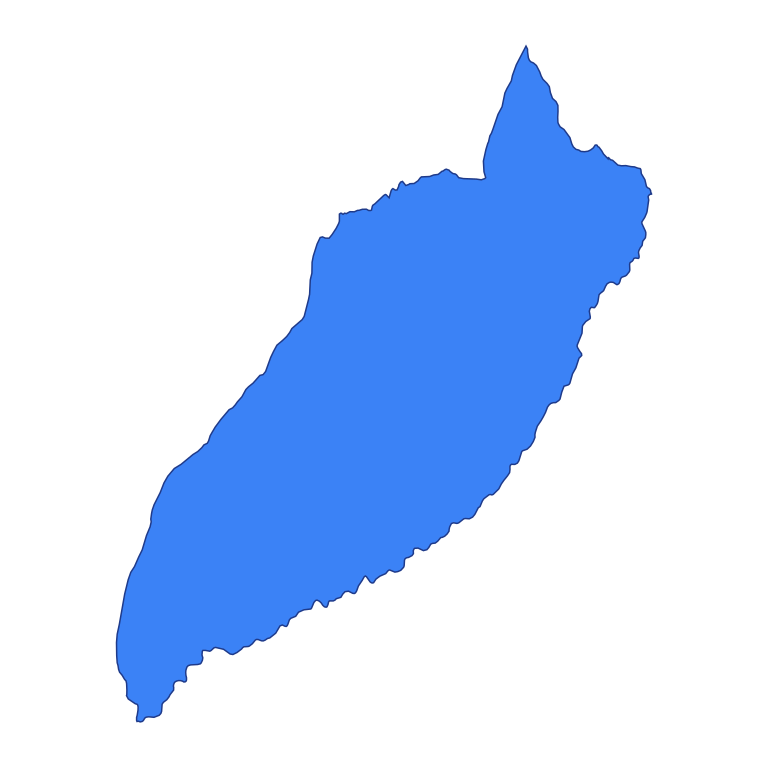 the district of Tibacuy, Cundinamarca, Colombia
{"feature_id": "7082276B3061851186589", "entity_name": "Tibacuy", "entity_type": "district", "adm_level": 2, "iso_a3": "COL", "parent_name": "Colombia", "parent_adm1": "Cundinamarca", "projection": "equal_earth", "projection_center": [-74.469, 4.323], "detail": "fine", "context": "isolated", "style": "filled", "palette": "blue", "viewbox_px": 768, "rotation_deg": 0, "n_neighbors": 0, "source": "geoboundaries", "source_scale": "gbopen_adm2", "svg_char_len": 6112}
<svg xmlns="http://www.w3.org/2000/svg" viewBox="0 0 768 768"><path d="M126.5,695.6L128.3,699.0L135.2,703.7L137.1,704.3L137.7,705.0L138.1,706.9L138.0,710.2L137.2,715.2L136.6,717.4L136.6,720.4L137.0,721.5L138.2,721.2L140.2,721.9L142.1,721.5L143.3,720.6L144.8,718.1L146.1,717.2L148.6,716.8L154.0,717.3L159.2,715.3L160.9,713.4L161.6,711.3L162.1,704.2L163.4,702.3L166.8,699.7L168.9,697.0L170.1,694.6L173.6,690.1L173.7,687.4L173.4,686.1L173.7,684.3L174.3,682.8L175.2,681.8L176.5,681.1L178.3,680.6L180.5,680.6L182.6,681.2L183.9,682.0L185.3,681.8L186.2,681.0L186.5,679.9L186.5,677.7L185.9,675.2L185.7,672.3L185.9,670.2L186.9,667.1L188.3,665.6L190.6,664.9L197.7,664.5L200.4,663.8L201.2,662.9L202.4,660.3L202.8,657.8L202.0,655.0L202.3,651.3L202.9,650.4L205.4,650.4L209.8,651.2L211.1,650.5L213.9,647.9L215.5,647.4L223.6,649.3L230.1,654.0L232.9,654.5L237.0,652.5L241.5,649.1L242.7,647.6L243.9,646.8L248.2,646.5L249.3,646.1L252.4,643.7L255.3,640.1L256.3,639.5L258.1,639.5L261.5,640.8L263.2,640.9L265.0,640.2L267.5,638.5L269.8,637.9L275.7,633.2L280.0,625.9L282.3,625.0L285.1,626.3L286.4,626.4L287.2,625.6L288.0,623.9L289.4,619.8L290.8,618.3L295.7,616.3L298.5,612.2L303.9,609.8L310.8,609.0L311.6,608.0L313.9,602.5L315.6,600.5L317.0,600.1L319.4,601.2L321.2,602.9L322.7,605.2L324.4,606.8L326.1,607.2L327.0,606.8L328.0,604.5L328.6,601.9L329.4,600.9L333.3,600.9L335.0,600.1L336.3,598.7L340.9,597.3L342.7,594.2L345.0,591.7L348.5,591.2L352.7,593.3L354.3,593.5L355.0,593.2L355.7,592.5L356.7,590.8L358.4,586.0L362.1,580.5L364.2,576.8L365.3,576.0L366.4,576.6L370.1,581.9L371.4,582.8L372.5,583.0L373.6,582.7L375.9,579.2L378.2,577.4L380.0,576.1L385.7,573.6L387.8,571.0L388.8,570.2L389.7,570.0L394.9,572.1L397.8,571.6L400.8,570.3L403.5,567.4L403.9,566.7L404.2,565.2L404.5,560.1L405.0,558.9L406.4,557.8L408.6,557.4L412.0,555.6L413.4,553.7L413.3,550.6L414.1,548.8L414.7,548.3L418.1,548.1L423.4,550.6L426.9,549.7L428.8,547.5L430.7,544.2L432.3,543.4L435.2,543.1L437.7,541.2L440.7,537.6L442.4,537.3L444.7,536.2L447.1,534.0L449.1,531.0L449.0,530.1L449.6,527.1L451.4,523.5L453.6,522.8L456.8,523.4L457.8,523.2L458.9,522.7L463.8,518.8L465.4,518.5L469.3,518.8L472.6,517.1L474.9,514.3L478.3,507.7L480.0,506.6L482.4,500.9L483.9,498.7L489.1,494.7L490.4,494.5L491.9,494.9L493.2,494.4L498.8,488.9L501.3,484.0L503.8,480.4L507.6,475.7L509.6,472.6L510.0,469.3L509.9,466.8L510.3,465.3L511.4,464.3L514.8,464.4L517.4,463.1L518.9,460.7L521.7,451.7L522.5,450.8L527.1,449.2L530.5,446.0L533.3,441.5L535.0,437.3L534.9,434.7L535.4,432.1L537.3,426.2L541.0,420.7L543.2,416.9L545.5,412.4L547.5,407.1L549.1,404.9L550.9,403.4L553.2,402.7L555.7,402.6L558.8,400.5L560.0,399.1L561.8,392.0L564.0,386.2L568.2,384.9L569.1,384.3L569.9,383.1L572.5,373.9L575.9,367.8L579.0,358.2L581.7,355.5L581.5,353.6L579.9,351.5L577.7,347.9L577.1,346.2L577.2,345.1L582.0,333.2L582.4,326.5L582.8,325.3L585.8,321.5L590.1,318.6L590.3,317.0L589.3,311.2L590.0,308.7L591.3,307.3L594.2,307.7L594.7,307.5L596.1,305.6L597.3,303.6L598.0,301.3L599.0,294.9L600.1,293.5L603.6,290.7L605.6,286.2L607.1,283.8L609.4,282.4L610.9,282.1L613.3,282.4L616.7,284.6L617.6,284.5L619.0,283.5L619.9,281.6L620.7,278.6L621.3,277.8L622.1,277.1L625.3,276.0L626.5,275.2L629.3,271.7L629.8,270.1L629.6,264.1L630.1,262.6L632.1,261.3L633.1,260.1L633.8,258.5L635.4,258.0L638.3,258.4L639.0,257.8L639.1,256.1L638.5,252.6L638.8,250.8L640.2,247.9L642.1,245.4L642.7,241.3L645.4,237.8L645.8,234.8L645.8,232.5L645.3,230.9L642.0,223.8L641.8,222.0L644.8,217.3L646.7,212.9L647.1,211.3L648.7,200.0L648.1,196.6L648.4,195.9L649.6,194.5L651.5,194.1L651.4,193.4L650.9,193.5L650.6,190.6L650.0,189.5L649.4,188.6L648.0,188.0L646.5,186.6L644.9,179.7L641.3,173.6L640.9,169.9L640.5,169.0L640.2,168.6L637.7,168.1L634.5,166.9L630.9,166.6L625.8,165.6L621.5,165.8L617.9,165.1L612.6,160.3L610.4,159.7L609.2,158.2L608.4,157.7L608.1,158.9L603.5,154.0L601.7,150.8L599.0,147.2L597.8,146.6L597.2,145.4L596.7,145.0L595.2,145.1L593.3,147.9L590.7,149.9L588.1,151.2L584.5,151.7L580.8,151.4L578.9,150.1L575.9,149.3L573.3,146.9L571.8,143.9L569.9,137.6L564.0,129.5L560.1,126.8L558.4,123.8L557.9,122.3L557.7,117.3L558.0,111.3L557.9,105.4L556.0,101.6L552.5,98.4L550.4,92.6L549.3,86.6L547.1,83.5L542.9,79.3L541.2,76.1L539.7,71.9L536.4,65.5L533.5,63.0L530.8,61.8L529.4,60.3L528.4,57.9L527.6,52.1L527.5,49.1L526.0,46.1L516.3,64.8L512.5,75.3L511.3,80.9L507.0,88.5L504.9,93.0L502.1,106.7L498.0,114.4L492.8,129.6L491.4,133.3L489.9,135.8L488.5,142.0L487.8,143.3L485.9,149.6L483.4,161.1L484.0,171.8L485.7,177.7L484.8,178.6L481.3,179.8L476.3,179.1L463.4,178.6L458.7,177.7L456.5,174.8L455.3,174.0L452.8,173.5L450.0,171.4L449.1,170.2L446.3,169.2L445.2,169.5L442.9,171.1L441.9,171.3L438.2,174.4L433.6,175.0L429.7,176.5L421.4,176.9L420.3,177.8L418.0,180.8L414.1,183.5L409.9,183.7L408.7,184.5L405.8,185.5L402.5,181.4L400.6,182.1L399.0,184.6L398.6,186.5L397.1,189.9L395.4,190.1L392.9,188.6L391.9,189.4L391.1,190.8L389.1,197.8L386.2,194.8L385.3,194.5L383.7,195.5L374.8,203.9L372.9,205.2L372.3,206.3L371.5,210.1L370.6,210.5L368.7,210.5L366.4,209.2L362.3,209.3L359.1,210.3L357.5,210.4L354.3,211.8L349.9,211.7L346.4,213.6L344.5,213.2L343.3,214.2L342.5,214.1L341.7,213.3L340.6,213.2L339.4,214.1L339.4,221.2L338.7,223.4L336.2,228.3L332.2,234.4L329.1,238.2L325.3,238.1L322.5,236.9L320.2,237.5L317.1,244.0L313.3,256.0L312.1,262.2L311.9,273.2L310.3,279.8L309.6,294.3L308.5,299.6L304.2,316.4L302.2,319.6L291.9,328.5L289.7,332.5L286.7,336.5L282.6,340.4L276.9,345.2L273.5,351.5L270.7,357.4L265.6,371.5L263.1,374.6L259.9,375.4L253.1,383.1L248.5,386.8L245.9,389.5L242.0,396.7L237.4,401.9L235.2,405.0L232.6,407.9L229.1,409.7L220.9,419.4L215.2,427.1L212.3,432.0L210.2,435.7L208.6,440.9L207.3,443.3L203.9,444.9L201.9,447.6L197.8,451.5L193.0,454.5L181.0,464.4L174.3,468.5L167.9,476.1L164.0,482.9L160.2,492.6L154.1,504.7L152.3,509.9L151.6,513.3L150.8,519.1L151.2,521.9L150.1,526.8L146.5,535.5L142.2,549.9L138.7,557.0L134.5,566.6L130.8,572.3L128.2,579.7L124.7,594.0L119.3,624.5L117.2,634.2L116.5,642.5L116.7,655.6L117.2,662.8L118.0,665.5L118.6,669.4L119.6,672.2L122.1,675.2L124.6,679.4L126.0,680.9L126.6,683.5L126.9,690.1L126.8,694.6L126.5,695.6Z" fill="#3b82f6" stroke="#1e3a8a" stroke-width="1.5"/></svg>